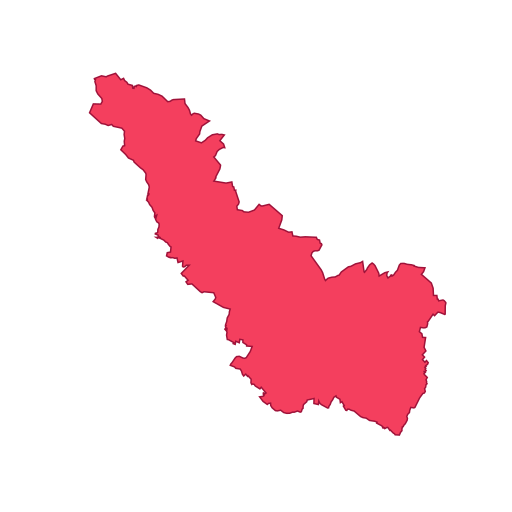 Sampués, Sucre, Colombia (orthographic projection), rotated 193°
{"feature_id": "7082276B86835655718123", "entity_name": "Sampués", "entity_type": "district", "adm_level": 2, "iso_a3": "COL", "parent_name": "Colombia", "parent_adm1": "Sucre", "projection": "orthographic", "projection_center": [-75.366, 9.156], "detail": "fine", "context": "isolated", "style": "filled", "palette": "rose", "viewbox_px": 512, "rotation_deg": 193, "n_neighbors": 0, "source": "geoboundaries", "source_scale": "gbopen_adm2", "svg_char_len": 6072}
<svg xmlns="http://www.w3.org/2000/svg" viewBox="0 0 512 512"><g transform="rotate(193 256 256)"><path d="M453.4,392.5L453.0,391.8L452.1,391.7L452.2,389.7L450.0,385.9L448.9,381.1L446.6,378.3L441.7,374.8L440.5,372.1L441.4,369.1L448.7,367.6L450.4,358.1L436.5,350.3L432.6,350.5L429.4,349.9L426.2,351.7L424.2,350.3L415.5,350.4L412.2,348.0L411.8,344.6L410.3,341.0L410.2,338.2L408.8,333.9L410.4,333.2L411.6,329.1L405.8,325.6L402.3,322.8L396.9,321.7L395.9,320.1L388.4,315.9L385.3,314.6L382.0,311.8L381.4,310.5L380.7,305.7L379.2,303.7L376.6,301.3L375.5,299.2L375.3,292.5L374.4,292.5L374.3,291.7L374.7,290.8L375.3,290.8L375.2,287.2L374.7,287.1L374.6,286.6L375.0,286.6L374.8,286.1L375.1,285.8L372.8,284.3L371.2,282.2L368.2,280.0L366.5,277.3L364.3,275.3L363.8,271.4L362.6,269.9L363.2,272.3L361.9,273.5L362.1,269.1L360.3,267.0L358.2,266.2L357.5,265.1L357.1,262.4L357.6,259.9L357.1,257.1L357.8,256.1L359.1,255.5L359.1,254.8L356.0,254.3L355.8,253.2L353.4,252.4L353.4,251.9L355.1,252.2L357.4,251.7L356.0,251.2L356.0,251.8L354.1,251.8L349.5,250.8L347.1,249.3L345.2,249.0L344.2,247.8L341.7,245.9L340.8,245.7L340.2,240.6L343.2,239.3L343.2,236.0L340.7,235.2L339.5,235.4L339.2,235.0L336.6,235.7L334.6,235.5L332.5,236.3L330.5,232.1L326.1,234.7L325.3,229.5L324.4,228.9L323.0,229.6L321.9,231.3L319.0,232.0L324.9,222.2L322.4,220.1L321.3,220.4L316.7,217.1L318.4,215.1L316.1,213.0L312.2,214.4L302.2,208.7L300.3,208.1L298.6,209.5L288.9,210.7L285.9,206.6L286.0,205.0L287.5,201.9L276.2,198.6L269.2,198.5L269.4,195.7L269.0,193.2L270.1,189.2L269.8,185.6L270.2,181.9L270.1,181.4L269.6,181.3L270.0,180.7L269.3,179.7L269.4,179.2L268.4,179.2L268.4,178.6L267.9,178.6L267.8,177.5L269.5,178.1L269.6,178.5L269.9,177.7L268.0,176.4L267.1,175.2L266.9,172.3L265.2,168.2L264.0,168.3L258.1,166.6L258.5,165.5L256.4,165.2L256.5,168.4L252.8,167.7L253.0,171.2L249.9,171.3L249.3,168.8L245.2,167.4L244.9,166.2L239.4,167.0L240.1,161.7L242.6,154.8L243.9,153.8L245.6,153.6L249.7,154.5L252.3,153.6L253.4,151.9L255.3,146.8L256.2,145.2L256.5,143.7L252.0,143.1L250.4,142.0L246.0,142.3L244.3,140.7L242.6,137.7L241.0,136.3L239.4,138.6L237.2,136.9L236.9,137.5L233.0,134.8L232.4,131.3L231.2,129.9L230.7,130.5L228.9,130.5L227.5,129.2L222.3,127.4L221.4,129.3L215.4,124.8L216.5,123.5L217.7,124.4L218.0,124.1L217.4,123.7L217.7,123.2L217.0,122.8L217.4,122.3L216.8,121.7L217.7,120.8L220.8,119.6L216.4,115.9L211.6,113.9L210.6,115.2L208.7,115.9L208.0,113.6L206.1,111.7L202.3,109.7L200.3,109.9L197.3,111.3L193.8,109.7L190.7,109.6L187.7,110.4L185.2,112.1L183.6,112.4L180.7,114.3L177.8,113.8L176.8,114.5L176.6,117.2L175.9,118.1L176.3,120.1L176.3,121.9L173.8,125.4L173.7,127.2L167.6,130.1L167.4,130.2L166.4,125.3L161.8,125.3L162.2,128.8L160.8,127.0L158.9,125.9L152.0,124.0L151.1,124.4L151.2,125.7L150.3,128.1L150.0,130.7L148.9,133.4L148.4,135.8L146.6,137.7L145.9,136.5L142.0,135.3L140.8,132.1L139.5,133.4L136.4,130.1L137.1,129.4L133.8,125.9L132.8,125.9L132.3,127.3L130.9,127.7L128.7,127.1L125.5,127.0L118.0,123.1L115.5,122.6L112.1,122.8L108.4,121.3L103.2,121.7L100.6,121.3L100.8,120.3L95.5,118.9L93.9,118.0L94.2,117.7L93.5,116.9L92.3,117.5L91.7,116.8L89.9,118.4L89.0,118.6L86.3,116.2L85.9,116.6L82.3,114.3L81.1,114.0L80.2,113.1L76.0,113.8L75.5,116.7L74.5,118.6L75.0,120.6L74.7,121.9L75.0,122.2L74.1,123.1L74.0,124.1L72.8,126.2L71.8,129.9L71.9,131.9L73.0,133.5L72.6,135.8L71.3,138.0L71.5,140.4L71.1,143.3L68.0,143.5L67.1,144.2L64.6,154.7L62.5,159.6L61.1,160.4L60.6,162.1L61.9,164.7L61.2,166.3L61.4,169.0L60.6,170.0L61.4,170.9L61.5,172.1L62.5,173.7L61.8,176.2L65.3,178.4L65.9,179.2L64.9,180.6L66.8,181.3L65.2,181.5L64.4,182.5L65.8,183.8L65.3,184.8L66.5,185.6L65.4,186.9L66.0,187.4L64.5,189.0L64.2,190.8L66.4,192.5L67.5,190.5L70.5,192.5L69.0,195.4L71.7,197.1L69.1,201.7L71.7,204.8L72.4,214.7L75.4,214.2L76.9,217.6L79.8,219.0L79.7,223.4L76.4,223.7L74.9,224.2L73.6,225.3L73.5,228.6L74.1,230.5L73.5,231.1L70.4,239.1L68.6,238.0L66.2,242.1L65.7,242.3L63.7,242.3L58.9,241.5L58.6,241.9L60.4,250.1L60.4,253.0L60.8,253.5L62.6,254.8L63.9,255.2L67.9,253.4L68.9,254.9L69.6,254.7L70.9,258.2L74.2,257.5L76.2,264.5L79.1,269.1L90.7,275.3L89.2,278.4L88.7,282.5L95.3,281.4L99.8,281.8L99.8,282.3L102.5,282.4L106.9,281.9L110.0,282.1L113.2,281.3L114.3,279.4L115.0,273.9L116.4,271.6L117.7,268.2L118.9,267.1L119.5,268.1L120.5,267.5L120.1,266.9L122.4,264.6L122.1,263.8L124.2,266.3L124.5,268.7L124.0,270.1L126.6,268.8L131.5,264.2L132.5,266.8L137.8,273.3L139.6,274.6L141.3,275.3L143.3,272.9L144.8,269.2L145.0,267.8L146.6,264.5L147.1,264.8L150.9,274.7L152.7,273.0L157.3,270.7L161.2,267.3L163.6,266.2L169.3,259.6L170.7,256.0L171.8,255.5L174.1,253.4L177.3,252.4L180.2,250.9L181.0,250.3L182.8,247.7L183.9,248.9L187.3,254.7L189.4,257.2L202.4,268.6L202.2,271.7L201.2,273.4L199.8,274.3L197.3,274.9L195.9,275.8L194.7,280.3L194.3,281.6L194.6,282.2L195.1,282.8L196.0,282.7L196.4,283.0L197.7,285.8L199.6,285.9L200.5,286.4L201.4,287.8L212.2,285.8L217.1,284.3L221.2,284.3L224.6,283.8L226.4,287.6L229.5,286.5L234.8,287.7L240.1,288.1L239.0,297.0L239.5,301.2L254.8,309.3L260.9,306.2L262.3,305.9L264.6,307.0L267.9,300.4L273.2,296.9L277.7,296.3L279.6,297.2L284.6,296.9L285.9,300.2L284.7,302.7L284.6,304.9L290.4,314.5L290.5,315.6L291.8,315.2L293.2,318.3L294.4,318.4L296.2,322.7L301.6,320.3L313.9,319.5L312.6,323.2L313.1,323.7L310.8,332.7L310.9,336.1L311.0,336.6L319.4,343.0L318.1,344.7L317.4,349.1L315.8,351.5L312.5,354.3L310.8,354.5L312.8,357.8L317.2,360.2L314.1,366.8L316.6,366.8L319.3,366.0L321.1,366.3L325.8,364.3L329.7,360.4L331.4,357.4L334.6,354.0L340.7,354.6L340.6,356.9L338.4,362.2L338.7,364.5L338.0,370.4L331.7,377.1L337.7,378.1L341.5,380.8L343.9,381.4L348.3,381.2L349.8,379.9L350.4,378.7L351.0,379.0L351.8,379.7L353.6,383.0L355.5,385.2L359.5,388.6L361.0,392.9L371.7,389.8L373.1,388.9L374.4,387.4L376.7,386.5L383.5,390.6L387.7,391.5L392.3,391.5L396.1,393.9L400.2,395.3L408.7,396.3L410.7,395.3L410.7,394.2L411.6,394.2L411.6,394.5L412.7,393.9L412.6,391.9L413.9,391.8L414.4,393.7L415.0,393.9L415.0,394.4L419.4,394.6L420.9,396.2L423.5,397.4L425.0,399.3L427.4,397.3L433.9,402.4L441.1,398.0L442.3,396.9L447.1,396.8L453.4,392.5Z" fill="#f43f5e" stroke="#9f1239" stroke-width="1.5"/></g></svg>